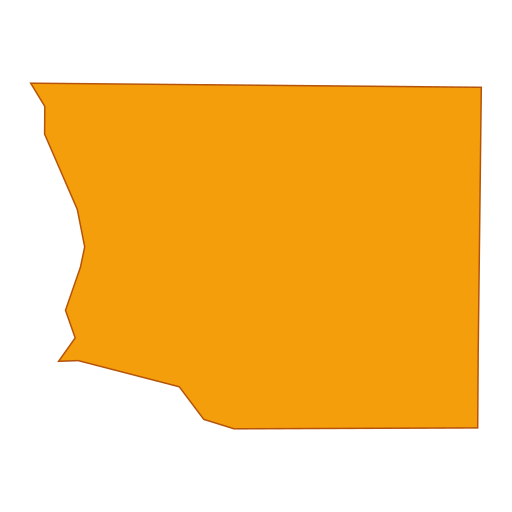 Crisp, Georgia, United States of America (Robinson projection)
{"feature_id": "52423323B39330829782254", "entity_name": "Crisp", "entity_type": "district", "adm_level": 2, "iso_a3": "USA", "parent_name": "United States of America", "parent_adm1": "Georgia", "projection": "robinson", "projection_center": [-83.86, 31.917], "detail": "fine", "context": "isolated", "style": "filled", "palette": "amber", "viewbox_px": 512, "rotation_deg": 0, "n_neighbors": 0, "source": "geoboundaries", "source_scale": "gbopen_adm2", "svg_char_len": 322}
<svg xmlns="http://www.w3.org/2000/svg" viewBox="0 0 512 512"><path d="M30.7,83.2L44.8,106.4L44.6,134.1L77.3,209.4L84.7,246.9L80.4,267.3L65.5,310.3L75.2,337.9L58.6,361.3L78.1,360.6L179.3,386.8L203.8,419.4L234.0,428.8L477.7,427.9L478.2,351.9L481.3,87.3L30.7,83.2Z" fill="#f59e0b" stroke="#b45309" stroke-width="1.5"/></svg>